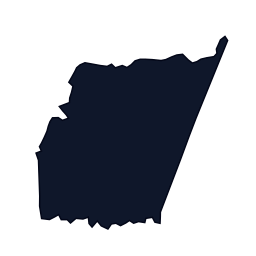 outline of Salto Veloso, Santa Catarina, Brazil, rotated 97°
{"feature_id": "56859067B73649711727745", "entity_name": "Salto Veloso", "entity_type": "district", "adm_level": 2, "iso_a3": "BRA", "parent_name": "Brazil", "parent_adm1": "Santa Catarina", "projection": "robinson", "projection_center": [-51.433, -26.893], "detail": "fine", "context": "isolated", "style": "filled", "palette": "ink", "viewbox_px": 256, "rotation_deg": 97, "n_neighbors": 0, "source": "geoboundaries", "source_scale": "gbopen_adm2", "svg_char_len": 1197}
<svg xmlns="http://www.w3.org/2000/svg" viewBox="0 0 256 256"><g transform="rotate(97 128 128)"><path d="M25.3,42.9L29.3,47.0L34.4,48.5L38.9,49.9L43.1,48.8L46.7,51.4L48.7,58.3L50.8,64.0L53.7,67.6L55.7,72.0L53.2,76.4L48.2,82.8L49.6,88.5L52.2,93.4L55.5,98.8L57.0,103.4L57.2,112.4L57.7,119.5L58.3,124.3L60.5,129.2L64.8,132.5L68.1,136.4L66.7,141.3L69.8,148.0L66.7,152.1L69.4,156.2L69.4,163.1L68.9,171.5L68.5,178.7L71.2,183.3L74.5,186.3L78.4,187.6L84.8,190.2L89.8,192.3L93.2,187.7L99.6,188.4L105.3,189.5L109.9,189.2L112.6,194.3L115.0,198.8L118.9,194.9L122.3,191.0L125.5,188.2L128.4,194.0L126.2,198.5L127.1,204.2L131.3,206.2L135.9,207.3L141.1,208.0L147.1,209.8L153.3,211.9L157.3,213.6L161.4,211.1L164.1,216.2L170.9,212.9L206.4,207.3L216.3,206.2L228.4,202.7L228.4,194.8L225.3,190.2L222.4,186.3L227.1,183.1L226.4,177.1L229.3,173.5L224.0,168.6L223.8,161.6L221.3,156.5L227.6,155.0L230.7,151.6L224.0,147.2L228.4,142.6L230.7,135.6L225.3,132.8L224.0,128.4L225.8,123.5L222.5,118.6L219.6,115.3L221.8,110.8L219.6,106.2L219.8,99.8L215.5,99.3L213.7,92.9L218.2,89.8L218.7,84.6L212.4,85.1L207.5,85.6L152.6,72.0L128.4,66.3L109.9,61.7L29.0,39.8L25.3,42.9Z" fill="#0f172a" stroke="#020617" stroke-width="1.5"/></g></svg>